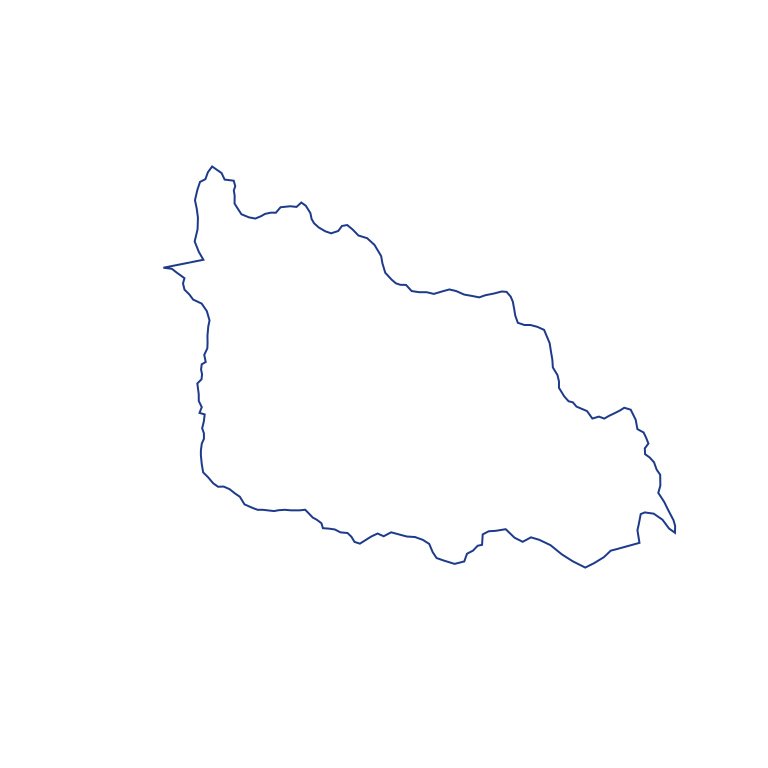 São Miguel do Passa Quatro, Goiás, Brazil (Robinson projection), rotated 150°
{"feature_id": "56859067B51842796216373", "entity_name": "São Miguel do Passa Quatro", "entity_type": "district", "adm_level": 2, "iso_a3": "BRA", "parent_name": "Brazil", "parent_adm1": "Goiás", "projection": "robinson", "projection_center": [-48.669, -17.001], "detail": "fine", "context": "isolated", "style": "outline", "palette": "blue", "viewbox_px": 768, "rotation_deg": 150, "n_neighbors": 0, "source": "geoboundaries", "source_scale": "gbopen_adm2", "svg_char_len": 2818}
<svg xmlns="http://www.w3.org/2000/svg" viewBox="0 0 768 768"><g transform="rotate(150 384 384)"><path d="M424.1,658.3L430.7,655.4L436.2,650.7L442.3,651.0L448.5,645.5L455.8,637.7L458.5,629.5L462.0,621.0L468.1,611.2L476.7,602.1L478.3,591.1L478.3,581.9L516.9,595.0L510.1,589.8L507.8,584.1L503.9,575.4L507.8,571.6L509.6,565.5L507.8,558.9L507.1,552.6L501.7,544.8L501.0,535.7L503.3,526.3L507.4,521.7L512.8,514.0L516.2,507.9L519.2,503.2L525.1,499.1L527.4,492.2L532.0,492.2L535.2,488.0L536.7,483.4L539.7,479.3L545.4,477.8L549.5,467.9L552.9,461.9L553.4,455.1L558.2,451.2L554.5,447.3L558.8,441.6L563.6,436.6L564.6,431.4L567.3,426.6L571.6,423.5L575.8,418.0L578.2,413.9L581.9,405.7L584.8,397.9L583.0,391.3L581.6,383.5L579.1,378.0L574.1,375.3L570.3,370.1L567.8,363.8L565.2,358.4L565.0,349.5L559.8,342.4L556.4,338.3L551.5,335.4L547.2,332.2L542.7,328.9L538.4,327.4L532.9,324.7L527.6,321.0L519.9,316.6L515.1,314.5L513.7,309.0L512.5,304.0L510.1,300.1L507.8,294.7L509.0,289.7L503.9,286.2L499.3,282.6L495.9,277.3L490.1,273.2L488.6,268.0L488.5,262.0L484.7,257.8L471.3,258.3L464.3,257.7L460.4,252.3L452.0,252.0L440.5,240.5L433.7,236.0L428.3,229.6L424.8,222.9L425.9,214.1L425.5,207.0L420.5,201.2L412.8,192.9L403.2,190.2L397.0,195.5L390.1,195.2L383.8,197.1L379.5,195.7L373.7,204.4L366.9,204.1L360.7,201.0L351.2,197.4L347.8,185.6L342.8,178.0L333.4,177.7L327.5,171.5L320.4,161.2L315.2,147.6L309.2,136.1L301.5,124.4L291.4,123.8L280.1,124.1L270.9,126.3L266.0,124.9L242.2,118.7L237.6,130.7L233.8,134.8L226.7,143.0L222.4,142.4L215.3,136.9L210.7,127.3L209.4,116.3L206.4,109.7L202.8,115.6L201.4,121.3L200.9,133.1L200.3,141.6L200.9,152.6L195.5,157.8L190.2,167.3L190.7,173.5L189.3,181.2L190.7,187.7L193.0,192.7L190.3,197.9L184.8,200.2L183.9,206.2L183.4,212.2L187.1,218.2L183.9,227.2L183.2,238.4L187.8,243.3L193.2,243.1L198.6,243.4L204.9,243.9L210.5,243.9L214.2,248.3L220.8,249.9L221.7,259.0L228.6,268.2L229.6,273.7L232.8,276.8L234.1,283.1L234.4,293.2L231.2,298.7L229.3,305.0L229.5,313.9L226.0,321.0L223.3,328.3L220.1,336.6L218.3,350.8L222.6,356.8L227.6,361.8L232.9,364.9L237.5,370.1L236.1,377.7L234.0,383.2L231.3,390.8L230.6,396.3L231.8,402.5L235.7,405.2L243.9,407.5L251.8,410.2L258.2,411.4L263.7,416.2L269.9,421.4L275.0,428.4L280.1,433.2L287.8,435.2L295.8,437.1L301.1,442.1L307.6,445.9L313.6,450.7L315.4,458.8L320.2,461.7L323.4,465.3L325.2,470.5L327.3,479.7L325.0,489.4L322.5,496.2L322.7,509.2L325.7,518.7L331.9,525.4L333.9,533.4L336.4,540.1L341.4,541.9L347.1,539.4L354.4,540.9L358.5,545.6L362.2,552.1L364.2,558.1L364.2,563.1L362.3,568.8L362.6,577.5L364.9,582.5L371.2,581.1L376.3,584.8L385.2,588.8L392.0,586.4L396.4,589.0L402.0,590.8L406.3,590.8L412.7,591.6L417.6,595.8L422.6,602.3L423.0,609.7L423.2,615.0L419.2,621.7L417.3,626.7L413.9,629.7L412.5,635.2L419.8,640.7L419.2,647.9L424.1,658.3Z" fill="none" stroke="#1e3a8a" stroke-width="2"/></g></svg>